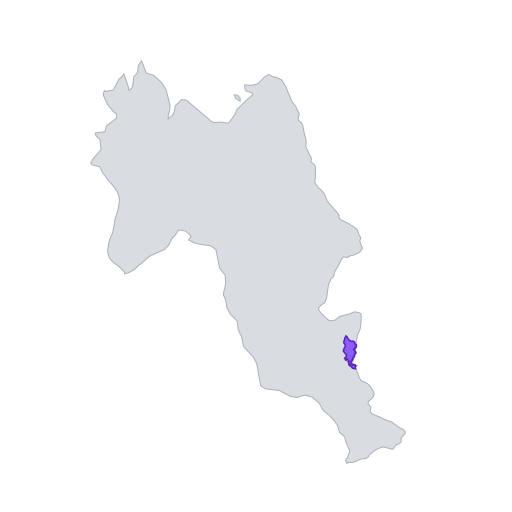 Taehongdan, Ryanggang, North Korea (highlighted), rotated 104°
{"feature_id": "82179303B43556128459055", "entity_name": "Taehongdan", "entity_type": "district", "adm_level": 2, "iso_a3": "PRK", "parent_name": "North Korea", "parent_adm1": "Ryanggang", "projection": "natural_earth1", "projection_center": [128.799, 41.972], "detail": "fine", "context": "in_parent", "style": "filled", "palette": "violet", "viewbox_px": 512, "rotation_deg": 104, "n_neighbors": 0, "source": "geoboundaries", "source_scale": "gbopen_adm2", "svg_char_len": 6368}
<svg xmlns="http://www.w3.org/2000/svg" viewBox="0 0 512 512"><g transform="rotate(104 256 256)"><path d="M305.1,379.0L303.1,380.1L299.6,386.1L296.4,393.7L293.3,397.8L289.7,400.1L285.9,401.4L278.2,402.0L271.3,401.5L269.1,400.7L259.6,401.1L256.9,401.7L243.3,401.1L236.2,401.7L231.6,403.2L227.0,406.3L223.0,410.9L219.5,415.9L212.3,424.9L207.2,429.3L207.2,435.7L207.0,437.6L205.3,439.0L204.7,438.4L201.8,437.9L190.2,432.1L180.6,435.7L178.2,440.3L175.6,441.8L171.9,432.7L165.7,432.4L155.9,424.5L151.6,426.1L150.5,429.3L145.0,436.6L137.4,442.7L134.9,443.5L132.1,443.0L132.6,441.4L129.5,434.6L117.6,431.8L113.3,428.9L111.2,428.3L123.0,420.7L126.0,419.4L123.8,417.6L121.3,416.7L111.7,417.9L106.7,415.4L99.4,416.2L94.3,414.2L104.9,406.8L105.4,402.4L105.4,399.1L110.8,389.2L116.2,383.7L130.2,376.0L136.2,374.9L140.6,375.2L144.1,374.5L140.4,371.5L136.8,370.2L129.6,370.5L122.2,366.0L121.6,361.3L136.4,331.6L136.6,328.9L134.4,321.7L133.8,314.7L123.6,310.6L119.0,310.1L105.9,302.2L100.7,298.2L98.6,299.4L98.2,305.7L96.3,307.2L92.8,308.4L91.2,301.1L88.4,295.9L79.7,290.6L76.7,287.6L78.3,281.3L77.5,280.7L79.0,273.6L84.5,268.1L97.7,258.3L101.2,253.7L107.9,248.3L110.9,248.5L114.0,248.0L115.0,245.6L115.7,243.8L118.4,242.1L124.8,239.1L132.1,235.2L137.9,234.1L145.1,228.3L148.0,225.7L150.9,225.7L151.8,224.5L153.4,221.4L155.7,219.5L158.9,219.1L164.0,217.6L170.5,216.8L174.9,211.8L176.5,208.3L179.4,204.4L185.6,200.2L189.9,194.0L194.6,187.2L196.9,185.0L199.1,184.6L200.4,182.1L202.0,174.9L204.2,167.9L205.5,164.5L210.9,160.9L212.3,159.2L213.5,158.6L216.0,159.1L219.4,157.0L222.6,154.6L225.5,155.4L228.4,157.4L231.4,161.3L232.8,164.3L235.2,166.9L235.6,170.7L238.0,172.3L243.2,173.1L251.6,175.7L257.0,175.8L260.1,177.7L266.6,178.8L279.7,177.3L285.0,178.2L287.2,180.5L290.5,182.4L292.7,182.5L295.5,179.3L298.6,174.1L300.7,170.1L300.6,166.9L298.8,163.5L294.5,160.4L291.8,155.5L289.1,150.4L287.5,148.8L286.2,146.3L286.0,142.5L286.9,140.0L293.4,138.3L301.7,137.3L308.4,138.4L319.6,137.6L326.5,136.2L331.6,136.4L336.3,136.4L338.4,134.2L344.9,129.0L348.1,127.2L351.6,123.7L352.1,120.0L352.8,117.0L354.8,113.8L358.2,109.9L361.1,108.0L364.4,108.3L367.8,110.1L370.0,111.9L372.5,111.4L374.5,108.3L375.8,107.7L379.7,107.4L381.0,105.5L382.4,96.4L383.9,89.2L384.2,84.2L387.7,75.9L388.8,70.9L390.8,68.5L393.2,68.7L395.2,70.2L397.8,71.1L401.2,70.2L403.5,71.5L405.0,74.2L410.0,76.1L410.5,77.4L410.4,86.4L413.2,90.7L416.9,94.5L421.9,98.0L424.6,98.8L426.2,101.2L427.8,105.5L431.4,109.7L433.3,112.8L433.7,115.9L435.3,117.7L432.5,119.7L428.7,118.5L422.4,117.8L414.5,124.0L410.0,126.2L406.9,132.3L400.7,135.9L397.3,139.7L392.8,146.4L390.0,152.9L383.2,159.5L379.3,167.8L379.1,174.9L383.4,182.2L383.9,188.4L380.9,201.2L382.6,214.8L380.7,220.1L360.0,229.4L354.6,234.1L346.9,246.1L337.6,250.6L331.8,255.5L323.8,258.4L318.6,266.9L313.0,271.8L306.3,274.7L301.2,278.5L290.0,278.7L282.1,281.3L276.4,288.4L259.4,296.5L257.1,302.6L258.1,312.1L258.2,319.3L256.7,325.3L253.0,323.6L251.0,325.6L248.7,331.1L249.3,337.4L255.2,339.4L259.9,342.0L266.6,343.3L271.6,346.2L282.1,359.4L290.8,365.2L293.0,367.4L298.0,370.3L302.5,374.9L305.1,379.0ZM107.9,314.0L104.7,316.0L104.6,312.4L107.1,309.3L109.6,308.9L107.9,314.0Z" fill="#d9dde1" stroke="#a8b0b8" stroke-width="1"/><path d="M341.3,132.1L341.1,132.2L340.9,132.3L340.8,132.5L340.8,132.8L340.7,132.8L340.4,132.7L340.2,132.7L339.8,132.6L339.7,132.6L339.4,132.8L339.2,132.8L339.0,132.7L338.8,132.6L338.7,132.5L338.6,132.4L338.6,132.5L338.3,132.9L338.1,133.0L337.9,133.2L337.7,133.3L337.6,133.5L337.6,133.8L337.7,134.0L337.6,134.3L337.5,134.5L337.7,134.8L337.8,134.9L338.0,134.9L338.2,135.1L338.3,135.2L338.3,135.3L338.2,135.3L338.0,135.6L337.9,135.7L337.9,135.8L337.9,136.1L338.0,136.2L337.9,136.3L337.7,136.6L337.5,136.8L337.6,137.0L337.7,137.4L337.4,137.3L337.2,137.3L337.1,137.5L336.9,137.7L336.6,137.8L336.7,138.0L336.2,138.2L335.9,138.2L335.9,138.4L335.6,138.5L335.4,138.5L335.3,138.4L335.2,138.2L334.9,138.1L334.7,138.0L334.6,137.9L334.5,137.7L334.4,137.5L334.2,137.4L333.9,137.3L333.7,137.6L333.4,137.6L332.8,137.5L332.7,137.5L332.6,137.4L332.4,137.3L332.4,137.1L332.0,137.2L331.5,137.4L331.4,137.4L331.2,137.2L331.0,136.9L330.8,136.8L330.7,136.9L330.5,136.7L330.4,136.7L330.3,136.4L330.2,136.3L330.0,136.2L329.7,136.2L329.5,136.3L329.3,136.4L329.0,136.4L328.9,136.4L328.7,136.3L328.4,136.3L328.2,136.4L328.1,136.6L327.9,136.8L327.7,136.9L327.6,136.7L327.4,136.5L327.2,136.5L327.1,136.4L326.9,136.4L326.8,136.2L326.7,135.9L326.6,135.7L326.4,135.6L326.2,135.6L325.9,135.8L325.7,135.8L325.5,135.7L325.4,135.7L325.4,135.9L325.4,136.0L325.4,136.3L325.2,136.3L324.9,136.3L324.9,136.5L324.7,136.5L324.4,136.8L324.4,137.0L324.2,137.0L323.9,137.2L323.9,137.3L324.0,137.3L323.9,137.5L323.7,137.5L323.4,137.7L323.3,137.8L323.3,138.0L323.2,138.1L322.9,138.1L322.9,138.3L322.8,138.2L322.7,138.2L322.5,138.3L322.4,138.2L322.2,138.1L321.9,137.9L321.7,137.8L321.4,137.8L321.2,137.9L321.0,138.0L320.9,138.0L320.9,137.9L320.9,137.7L321.0,137.7L321.0,137.4L321.1,137.2L320.9,137.2L320.6,136.9L320.4,136.8L320.2,136.7L319.9,136.5L319.7,136.5L319.3,136.9L319.2,136.9L318.9,137.0L318.6,137.0L318.5,136.9L318.4,136.9L318.1,137.0L318.1,137.3L317.9,137.3L317.7,137.3L317.5,137.6L317.6,137.9L317.7,138.0L317.6,138.3L317.6,138.5L317.4,138.7L317.3,138.8L317.2,138.8L316.9,139.0L316.7,139.1L316.3,139.1L316.2,139.2L316.1,139.3L315.3,140.3L315.2,141.3L315.4,142.0L315.6,143.2L315.4,144.1L315.0,145.3L313.5,147.2L312.2,148.3L311.8,149.3L312.2,149.3L312.3,149.5L313.1,149.7L313.9,149.9L316.6,149.9L317.5,150.1L318.6,149.9L319.6,149.3L320.3,148.3L321.4,147.6L322.3,147.6L323.1,147.8L324.0,148.1L325.1,148.3L326.0,148.1L326.9,148.3L327.5,148.0L328.6,146.4L329.2,145.5L329.9,144.5L329.9,144.4L330.0,144.4L330.3,144.4L331.0,144.2L331.8,144.3L332.6,144.1L332.9,144.5L333.1,144.8L333.4,145.1L333.8,145.3L334.2,145.1L334.2,144.8L334.1,144.4L334.3,144.1L334.7,143.9L334.6,143.6L335.3,143.8L335.4,143.4L335.0,143.4L334.7,143.1L334.0,142.6L334.1,142.2L334.5,142.2L334.9,142.1L334.5,142.0L334.6,141.6L335.1,140.9L335.5,140.6L335.6,140.9L336.0,141.1L336.3,141.0L337.2,140.3L337.4,140.0L337.8,139.9L338.0,139.6L338.3,139.7L338.7,139.9L339.1,139.6L339.1,139.3L339.3,138.9L339.7,138.5L339.9,138.2L339.6,137.8L339.9,137.5L340.2,136.8L340.5,136.7L340.6,136.4L340.7,136.0L341.0,135.9L341.4,135.6L341.5,135.3L341.5,134.5L341.7,133.8L341.4,133.1L341.3,132.1Z" fill="#8b5cf6" stroke="#5b21b6" stroke-width="1.5"/></g></svg>